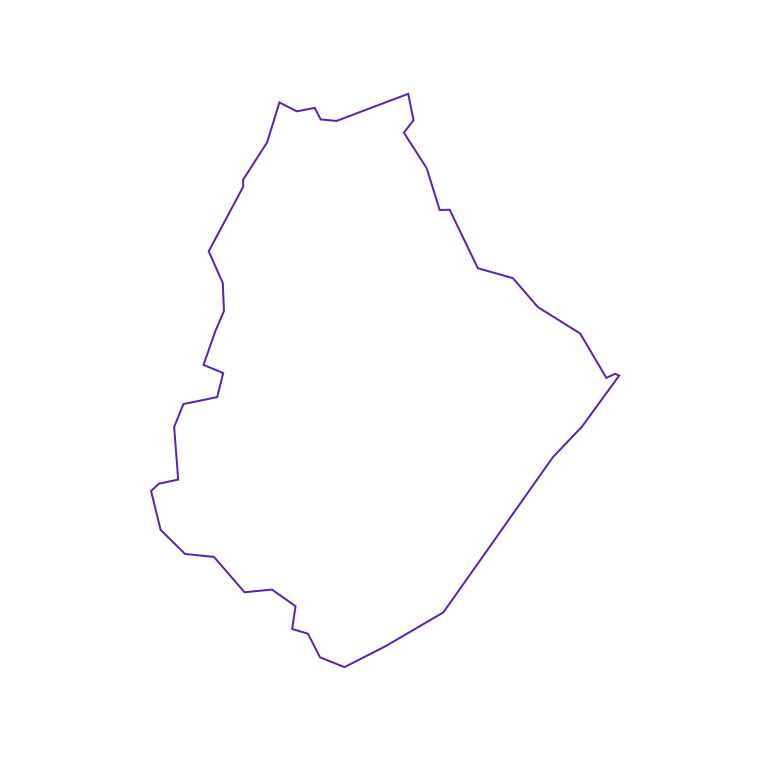 the district of Union, South Carolina, United States of America, rotated 203°
{"feature_id": "52423323B84836072976250", "entity_name": "Union", "entity_type": "district", "adm_level": 2, "iso_a3": "USA", "parent_name": "United States of America", "parent_adm1": "South Carolina", "projection": "albers", "projection_center": [-81.587, 34.679], "detail": "fine", "context": "isolated", "style": "outline", "palette": "violet", "viewbox_px": 768, "rotation_deg": 203, "n_neighbors": 0, "source": "geoboundaries", "source_scale": "gbopen_adm2", "svg_char_len": 754}
<svg xmlns="http://www.w3.org/2000/svg" viewBox="0 0 768 768"><g transform="rotate(203 384 384)"><path d="M170.8,483.7L175.4,483.6L181.7,476.5L223.1,507.1L272.4,514.9L306.7,531.8L342.8,527.2L375.6,556.0L391.6,570.1L400.7,565.9L429.0,599.3L463.9,623.1L459.9,638.4L475.1,660.6L530.5,607.6L545.7,602.8L555.7,611.1L570.8,600.9L590.3,602.3L586.0,560.8L593.5,516.9L590.7,510.5L597.2,437.7L571.8,413.9L559.8,388.6L559.9,366.7L557.6,331.1L536.3,331.2L532.4,306.8L560.8,287.2L560.4,262.5L536.1,215.6L552.3,204.3L556.6,194.5L532.6,162.4L500.7,149.8L472.9,158.4L431.0,137.8L406.8,151.0L378.6,144.9L372.8,122.6L356.4,124.4L336.1,107.4L309.8,107.9L279.7,143.8L240.1,197.0L199.9,382.8L185.1,422.1L170.8,483.7Z" fill="none" stroke="#5b21b6" stroke-width="2"/></g></svg>